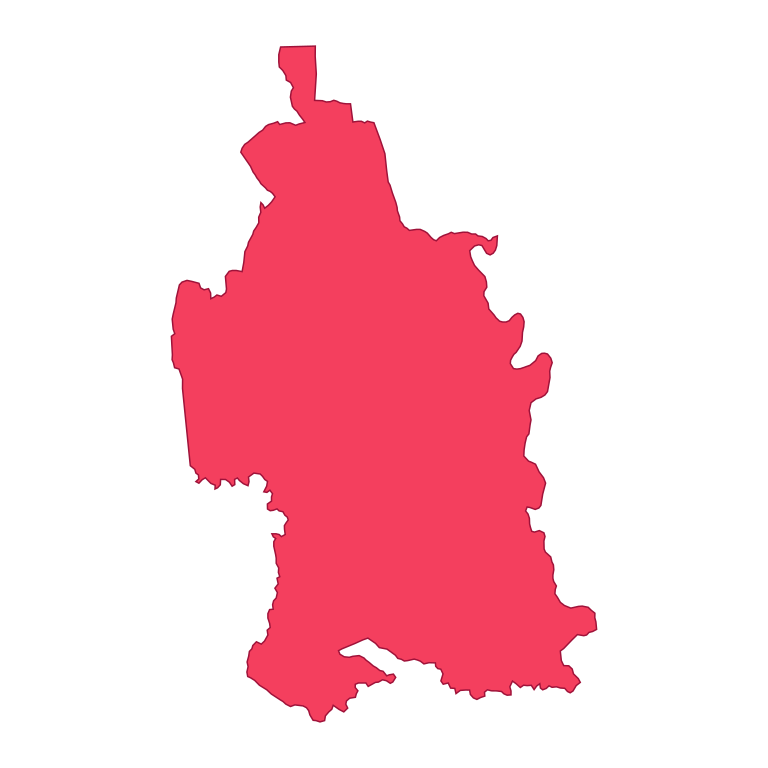 outline of Londrina, Paraná, Brazil
{"feature_id": "56859067B34641840661798", "entity_name": "Londrina", "entity_type": "district", "adm_level": 2, "iso_a3": "BRA", "parent_name": "Brazil", "parent_adm1": "Paraná", "projection": "robinson", "projection_center": [-51.103, -23.475], "detail": "fine", "context": "isolated", "style": "filled", "palette": "rose", "viewbox_px": 768, "rotation_deg": 0, "n_neighbors": 0, "source": "geoboundaries", "source_scale": "gbopen_adm2", "svg_char_len": 6118}
<svg xmlns="http://www.w3.org/2000/svg" viewBox="0 0 768 768"><path d="M267.5,509.0L270.2,510.7L273.2,510.3L277.0,508.9L279.1,510.9L282.9,511.7L284.9,515.2L287.3,517.1L288.2,520.0L286.4,522.4L284.4,525.6L284.5,529.2L285.2,534.5L281.4,536.6L279.1,534.5L276.0,533.8L271.9,533.8L273.3,536.8L275.7,538.5L273.8,541.7L273.8,546.2L275.7,554.9L276.2,558.1L276.2,563.3L278.7,567.9L278.4,572.5L279.8,576.7L277.0,578.2L278.2,583.9L274.9,588.2L277.4,592.6L276.2,598.0L273.6,600.8L272.6,604.7L273.2,609.2L269.6,609.6L267.9,613.6L267.9,618.1L269.6,623.3L270.2,627.5L267.2,630.2L267.9,635.0L264.5,641.1L261.3,644.1L256.4,641.8L252.8,645.5L251.9,648.8L249.4,651.4L248.7,656.1L247.1,662.0L248.1,666.6L246.9,672.0L247.7,676.5L250.4,677.7L254.7,680.4L259.4,685.2L266.8,689.8L271.3,694.0L280.5,700.0L283.0,701.5L285.8,704.1L290.5,706.5L294.9,704.9L303.0,705.9L306.5,707.7L308.7,710.7L309.9,714.9L313.1,720.3L316.0,720.6L320.0,721.9L324.6,720.6L325.4,715.9L328.8,711.9L331.8,709.3L333.2,705.3L339.2,709.5L343.8,711.9L347.7,708.1L345.8,704.2L346.5,700.9L349.7,698.2L355.4,697.3L356.3,693.8L357.9,690.8L355.2,687.5L355.3,684.3L358.4,683.0L365.9,683.0L368.2,686.4L375.4,682.4L378.4,682.1L382.5,679.8L386.4,680.7L390.3,683.3L392.8,682.0L395.7,677.4L393.4,674.1L389.3,674.8L386.7,675.8L383.1,671.3L379.8,670.5L376.3,667.7L373.3,666.0L369.1,662.4L366.0,660.1L364.0,658.0L359.2,655.6L352.8,656.3L349.3,657.3L344.2,656.8L339.9,654.2L338.5,650.7L342.0,648.8L355.1,643.4L362.8,639.9L367.9,638.1L375.6,643.4L379.3,647.6L387.0,649.1L395.4,655.2L397.8,658.4L401.4,659.3L404.3,661.0L407.7,660.6L414.2,659.1L417.4,660.0L420.4,661.2L423.9,663.9L429.0,662.7L435.4,662.9L435.7,666.3L437.8,668.6L440.8,669.2L443.0,673.9L440.9,680.9L443.2,684.2L448.2,683.0L450.6,688.1L454.8,688.4L456.0,693.6L460.3,690.4L465.9,690.0L469.6,690.1L470.4,694.5L473.4,697.9L476.9,699.4L480.6,697.5L484.8,696.1L484.5,692.2L487.4,689.8L491.4,690.8L496.7,690.9L501.5,691.5L503.9,693.8L507.1,695.2L511.0,694.9L511.0,691.0L509.8,686.8L512.5,681.1L516.1,683.7L520.3,687.5L523.6,685.2L527.1,685.6L531.3,685.3L534.1,689.6L536.7,686.0L539.8,683.7L540.4,688.0L542.7,689.8L546.3,688.4L549.0,685.8L552.0,687.3L556.5,686.8L560.4,688.0L564.7,688.3L567.5,691.5L570.2,692.8L573.0,691.0L576.2,685.6L580.3,682.4L578.3,678.6L573.5,673.9L572.2,669.0L568.8,665.8L563.7,665.6L561.3,660.5L560.3,651.0L563.6,648.6L572.0,639.9L577.4,634.6L583.8,635.7L586.6,635.0L589.0,632.4L592.6,631.5L596.6,629.4L595.9,621.9L594.8,617.7L594.9,613.2L591.4,610.4L588.2,607.3L582.2,606.1L578.5,606.4L570.8,608.1L564.4,605.5L560.4,602.4L557.4,597.3L554.9,593.7L555.3,589.3L556.4,586.0L553.7,581.5L552.9,578.3L552.9,575.0L553.8,569.8L553.4,564.9L551.9,561.9L550.7,556.9L545.4,552.1L544.1,549.0L543.9,541.0L545.0,536.5L543.9,532.8L539.3,530.6L534.4,532.1L531.7,531.3L530.4,527.2L529.6,523.9L529.4,518.3L528.0,514.0L525.6,511.0L527.1,507.0L530.0,507.5L535.2,509.4L538.9,508.0L540.9,505.4L542.7,494.1L545.6,483.1L543.5,477.7L539.1,471.9L535.5,464.2L531.5,462.3L528.5,461.1L523.8,456.0L524.1,449.9L525.1,443.2L526.6,436.8L528.9,433.9L530.1,424.7L531.0,419.9L529.2,410.5L531.0,402.7L536.0,398.9L541.1,397.3L544.9,395.0L547.5,391.6L550.0,377.6L549.7,371.1L550.6,367.4L552.2,362.7L550.8,358.2L547.5,354.0L544.5,353.2L541.7,353.4L538.1,355.9L535.7,360.6L530.0,365.3L520.6,368.6L516.9,369.1L513.5,368.6L510.3,363.6L510.6,360.2L512.3,356.9L513.9,354.3L516.1,352.4L520.2,346.3L522.0,341.1L522.5,332.4L523.7,326.9L524.1,321.7L522.9,317.4L520.5,314.0L517.8,313.3L514.7,314.9L511.9,317.4L509.3,320.7L506.1,322.0L502.6,322.0L499.6,321.2L496.0,317.8L494.0,314.9L488.8,309.0L488.1,303.2L483.8,295.7L484.0,291.7L486.8,287.2L486.4,281.9L484.9,276.6L478.3,269.8L474.5,265.4L472.3,260.7L470.7,256.8L469.7,250.7L474.5,246.0L478.7,244.8L481.9,245.5L486.6,253.3L490.1,254.9L493.2,253.2L495.4,250.1L496.8,245.6L497.4,235.9L493.0,237.5L490.9,240.3L488.2,240.8L486.0,238.5L482.3,236.5L477.9,235.9L475.6,234.0L471.6,234.0L467.7,232.3L463.1,232.2L454.4,233.6L451.2,232.3L448.6,233.7L443.7,235.4L439.6,237.5L436.3,240.8L433.6,239.7L431.1,237.5L427.3,233.1L424.7,231.4L420.2,229.4L416.6,229.4L409.4,230.4L406.9,228.2L404.2,226.8L402.5,223.9L399.9,220.7L399.6,217.0L397.4,210.8L397.1,207.4L395.8,202.4L392.4,193.0L390.0,185.1L388.2,182.0L386.7,170.8L384.9,153.7L380.1,139.4L373.9,122.7L370.7,122.1L367.4,121.1L364.7,122.9L361.4,121.3L358.0,121.3L352.9,122.0L350.5,103.8L346.4,103.8L343.5,103.5L339.9,102.8L336.8,101.2L333.8,100.3L330.3,101.7L326.3,102.0L322.3,100.7L314.6,100.4L316.3,74.0L315.2,56.4L315.3,46.1L280.6,47.0L278.8,54.6L278.8,62.0L279.3,67.0L282.8,70.5L285.9,75.6L286.3,80.1L290.6,82.5L293.4,87.7L291.3,91.1L290.4,97.2L292.4,106.3L294.4,109.0L296.9,111.1L299.5,115.2L302.9,119.5L304.9,122.5L299.0,124.0L295.7,125.3L289.9,122.8L285.8,122.9L279.7,124.5L277.6,121.7L273.7,123.2L268.5,124.6L265.6,126.4L262.6,130.2L259.1,132.4L248.0,142.2L244.7,144.4L242.1,148.2L240.8,152.2L250.5,166.3L253.2,172.2L255.1,174.7L256.9,177.9L259.4,181.1L260.9,183.7L265.5,187.9L267.4,190.2L270.2,191.4L272.5,193.3L275.1,196.8L271.6,201.9L268.3,205.4L264.7,208.2L263.0,204.8L260.9,202.6L260.2,207.0L260.8,212.3L258.7,217.2L258.8,222.8L256.1,227.5L253.7,231.0L252.8,234.4L248.5,242.3L247.7,246.0L244.9,251.6L243.8,262.4L242.1,271.6L236.3,270.5L232.3,270.5L229.2,271.3L225.4,276.4L226.5,289.1L225.8,292.6L221.3,296.3L216.9,295.0L214.2,297.1L210.8,298.7L210.6,293.0L208.5,288.7L204.1,289.8L200.6,287.9L199.0,283.3L191.8,281.4L187.0,280.4L182.0,282.1L179.4,284.9L176.3,298.0L176.0,302.7L173.2,314.2L172.2,319.1L173.2,329.2L174.8,333.7L171.4,336.3L172.4,354.9L172.1,359.7L173.4,362.7L174.6,367.7L179.0,369.0L182.6,379.1L182.5,388.5L190.3,465.7L194.8,469.3L195.9,473.1L198.4,474.9L198.8,478.9L195.9,481.6L198.9,483.2L202.2,479.7L205.4,477.8L210.9,483.4L215.2,485.2L215.0,489.0L217.6,487.8L220.3,484.8L220.6,479.4L225.6,479.5L229.4,482.2L232.1,486.2L234.8,484.6L234.6,479.4L237.4,478.0L239.4,480.5L243.4,483.7L248.0,485.7L249.0,481.7L248.5,477.0L253.9,473.1L260.2,474.0L262.5,476.3L264.8,479.5L267.5,481.4L266.7,486.1L263.8,491.8L266.9,492.4L269.9,490.2L272.5,493.7L271.5,496.9L271.5,501.1L267.4,504.0L267.5,509.0Z" fill="#f43f5e" stroke="#9f1239" stroke-width="1.5"/></svg>